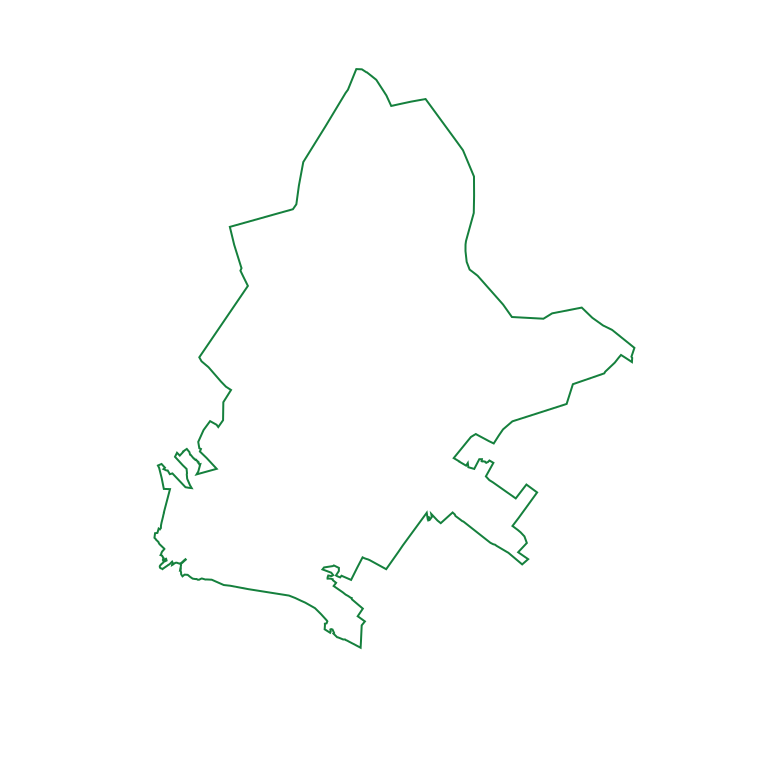 Saltillo, Coahuila, Mexico, rotated 209°
{"feature_id": "50627088B85716210154341", "entity_name": "Saltillo", "entity_type": "district", "adm_level": 2, "iso_a3": "MEX", "parent_name": "Mexico", "parent_adm1": "Coahuila", "projection": "robinson", "projection_center": [-101.093, 25.033], "detail": "fine", "context": "isolated", "style": "outline", "palette": "green", "viewbox_px": 768, "rotation_deg": 209, "n_neighbors": 0, "source": "geoboundaries", "source_scale": "gbopen_adm2", "svg_char_len": 5734}
<svg xmlns="http://www.w3.org/2000/svg" viewBox="0 0 768 768"><g transform="rotate(209 384 384)"><path d="M496.5,131.3L496.6,130.7L496.7,130.4L496.8,130.2L496.8,129.8L496.8,129.4L496.8,129.1L496.8,128.7L496.5,127.5L496.5,127.3L496.5,127.2L496.4,127.1L496.4,126.9L496.4,126.7L496.3,126.4L496.4,126.1L494.7,126.2L494.4,125.9L494.1,125.8L494.0,125.7L493.9,125.7L493.0,125.1L492.9,125.1L492.9,124.9L492.3,124.5L492.2,124.4L492.3,123.7L492.2,123.5L492.1,123.4L492.1,122.9L491.5,122.5L490.7,124.5L490.4,124.8L489.9,125.5L489.6,125.3L488.9,124.5L488.6,124.2L490.0,122.2L490.6,121.4L490.6,121.1L490.6,120.9L490.6,120.6L491.0,119.5L491.1,119.2L491.4,118.5L491.4,118.3L491.6,117.5L491.6,117.3L491.7,117.1L491.8,116.9L491.8,116.4L491.8,116.1L491.5,115.4L491.4,115.3L491.1,115.0L490.8,114.8L490.7,114.7L490.2,114.6L489.8,114.6L489.0,114.8L488.7,114.9L488.4,114.8L488.0,114.7L487.8,115.2L487.0,116.9L486.1,118.7L485.3,120.3L485.0,121.1L484.8,121.3L484.7,121.4L484.6,121.7L484.3,122.3L484.2,122.5L484.0,123.0L483.5,124.8L483.2,125.9L481.2,124.6L481.7,123.2L481.6,122.9L480.9,124.1L480.8,124.4L480.7,124.7L480.3,125.5L480.1,125.8L480.0,126.1L479.8,126.3L479.7,126.5L479.3,126.8L479.0,127.0L478.7,127.2L478.4,127.3L478.1,127.3L477.4,127.4L476.6,127.6L476.1,127.7L475.9,127.8L475.5,128.0L475.4,128.2L475.2,128.3L475.0,128.6L474.8,128.7L474.7,128.9L474.6,129.2L474.0,130.7L473.4,132.7L472.7,134.5L472.2,134.3L473.1,131.9L473.2,131.5L473.8,129.7L474.1,129.1L474.4,128.1L474.5,127.9L474.4,127.6L474.2,127.4L473.7,127.2L473.1,125.4L473.0,125.2L472.7,124.0L472.2,122.6L472.0,123.0L471.9,123.2L471.4,122.0L470.8,121.5L470.1,120.8L469.6,119.9L469.2,119.3L468.8,119.0L467.0,118.1L466.0,120.6L463.2,121.9L459.9,121.3L457.0,121.0L454.3,122.0L453.3,122.6L452.2,122.5L450.9,123.1L449.3,125.4L448.6,125.7L445.4,126.4L444.5,127.0L439.8,129.3L426.7,130.5L420.7,133.0L403.2,138.8L398.0,140.7L385.6,145.2L364.5,152.9L357.8,153.8L351.5,154.2L346.9,154.6L335.7,154.5L327.2,152.1L319.3,149.4L318.5,149.0L318.2,146.8L319.5,145.7L318.6,144.2L317.0,140.7L310.5,140.3L310.6,141.6L311.9,143.3L311.4,144.0L310.0,144.3L307.0,142.1L307.3,141.2L302.2,139.8L301.3,140.1L297.4,140.6L296.1,140.7L295.6,140.9L294.1,141.7L293.3,141.5L291.8,141.7L289.7,141.7L276.6,142.0L279.7,148.4L281.1,151.2L285.4,159.9L286.5,162.1L285.6,167.1L293.3,168.0L294.4,168.1L293.6,177.3L298.2,178.2L307.6,180.1L308.1,180.5L308.5,181.2L309.4,180.9L311.4,181.1L312.4,181.2L315.5,181.2L319.0,181.8L330.1,182.9L329.5,186.9L333.7,187.6L334.2,188.4L336.8,187.7L339.0,186.4L339.3,186.8L339.6,187.7L339.7,188.1L339.8,188.6L339.9,189.5L336.8,190.5L335.8,192.2L338.7,193.4L347.9,192.0L347.5,194.5L340.4,200.0L339.9,201.0L334.3,201.3L332.8,198.5L333.2,193.3L331.8,193.2L328.6,193.6L328.2,195.7L317.8,196.7L318.4,210.6L318.7,222.0L316.7,222.1L314.4,222.5L313.2,222.8L311.2,223.0L292.3,223.1L291.4,231.4L290.0,244.3L289.3,251.9L289.2,252.7L284.2,292.1L281.9,289.1L280.6,287.5L280.2,290.0L278.9,286.4L278.2,287.1L277.7,290.8L279.7,293.3L271.0,290.5L266.9,289.8L261.7,304.9L258.8,304.2L257.7,303.3L256.8,303.1L253.7,302.7L249.0,302.0L247.9,302.2L214.0,296.7L210.9,296.8L208.8,297.3L207.1,297.0L205.7,297.0L195.2,296.7L193.5,296.7L175.7,293.2L173.0,300.7L185.1,301.9L182.0,314.2L187.3,318.8L192.6,320.5L196.2,321.2L202.8,322.1L201.3,332.3L197.5,363.4L210.7,365.1L213.3,347.8L241.1,350.8L245.3,351.0L250.1,352.6L250.1,368.1L254.7,368.2L255.3,366.0L256.3,365.0L256.3,364.7L256.6,364.6L257.0,364.6L257.3,364.7L257.8,365.1L258.3,365.0L259.7,364.5L260.2,364.1L260.5,363.9L261.2,363.8L261.9,365.7L264.2,364.4L263.9,353.5L269.9,352.1L272.4,355.5L272.6,352.4L280.7,352.6L280.7,352.8L287.1,353.0L282.3,379.8L279.5,384.7L264.7,384.9L262.7,385.0L259.2,385.2L258.6,394.8L257.9,402.0L253.6,413.6L214.6,455.1L218.7,475.4L196.5,500.1L196.5,502.0L192.5,514.6L191.5,520.8L190.8,524.3L185.7,524.0L177.8,523.4L179.6,527.2L180.8,527.8L182.5,537.0L210.8,541.9L220.8,541.4L233.9,542.9L236.9,543.7L248.1,546.7L271.2,527.3L276.2,518.4L304.6,504.6L318.3,511.2L354.7,524.1L364.6,525.6L370.9,530.9L377.2,539.8L380.3,545.5L381.6,548.8L388.4,577.1L396.4,592.2L405.9,609.1L428.2,626.7L436.7,630.7L485.8,653.4L497.2,644.1L504.2,638.0L512.5,630.7L521.5,637.3L521.7,637.5L522.9,638.1L526.4,640.0L532.8,643.4L538.2,646.3L550.1,648.3L550.5,648.1L555.9,648.5L560.9,646.0L558.2,623.9L558.7,620.0L560.1,581.2L562.2,539.0L554.6,516.2L547.8,498.7L548.4,492.7L562.1,479.2L595.0,446.7L582.5,433.1L566.8,418.1L566.2,417.5L564.8,416.3L564.5,413.5L559.4,409.9L550.6,403.8L558.5,317.8L554.6,315.4L545.6,313.6L527.8,307.1L520.9,305.0L514.9,304.6L515.7,290.2L507.2,274.3L508.1,266.0L510.7,267.2L518.1,267.2L519.5,256.3L518.4,243.3L514.4,238.3L512.6,238.4L512.3,235.7L503.3,233.3L489.2,228.7L504.1,214.1L504.0,217.4L505.8,224.8L506.1,224.5L506.6,224.2L507.6,225.0L508.1,225.0L508.2,225.5L509.0,225.6L508.9,225.9L510.1,226.2L511.3,226.3L511.5,226.6L512.1,226.1L513.6,226.8L514.1,226.5L518.7,228.3L518.9,228.1L519.1,228.1L519.4,228.2L521.2,230.1L525.0,231.6L526.9,227.8L526.6,227.7L527.9,222.4L531.7,223.5L531.5,219.0L520.7,215.4L515.5,214.0L513.0,210.4L512.8,209.5L510.2,205.7L504.6,201.4L501.7,199.7L504.9,198.4L507.6,197.5L525.7,203.2L527.6,201.3L531.3,203.5L532.4,202.9L535.6,202.7L535.0,204.6L539.8,206.2L541.2,204.4L542.2,203.1L540.1,201.7L532.8,193.9L525.7,185.5L520.2,188.3L514.8,167.1L514.2,164.8L514.0,164.7L513.5,162.6L513.2,161.6L513.1,161.4L511.3,154.7L511.1,154.1L510.5,152.2L510.4,152.0L509.3,149.8L509.4,149.4L509.5,148.2L510.2,148.2L511.0,148.3L510.3,145.3L510.0,143.9L511.9,142.5L510.2,138.2L509.2,137.9L508.8,137.8L507.9,137.4L507.4,137.1L506.7,137.0L505.9,136.8L504.6,136.4L504.1,135.9L503.7,135.7L502.9,135.2L502.7,135.1L497.4,133.7L496.5,133.5L496.1,133.3L496.3,132.2L496.4,131.8L496.5,131.3Z" fill="none" stroke="#15803d" stroke-width="2"/></g></svg>